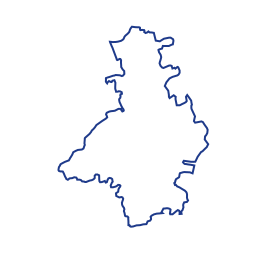 Tala, Al Minufiyah, Egypt, rotated 77°
{"feature_id": "37247803B52680576777799", "entity_name": "Tala", "entity_type": "district", "adm_level": 2, "iso_a3": "EGY", "parent_name": "Egypt", "parent_adm1": "Al Minufiyah", "projection": "orthographic", "projection_center": [30.917, 30.67], "detail": "fine", "context": "isolated", "style": "outline", "palette": "blue", "viewbox_px": 256, "rotation_deg": 77, "n_neighbors": 0, "source": "geoboundaries", "source_scale": "gbopen_adm2", "svg_char_len": 5520}
<svg xmlns="http://www.w3.org/2000/svg" viewBox="0 0 256 256"><g transform="rotate(77 128 128)"><path d="M163.9,199.5L164.4,198.8L164.6,198.4L164.9,198.2L164.6,197.5L164.2,196.8L164.0,196.4L164.0,195.7L164.1,195.2L164.3,193.5L163.9,191.5L164.7,189.5L166.0,189.1L166.9,189.1L167.4,186.9L168.1,185.6L169.7,184.7L170.0,183.8L170.4,182.7L170.9,182.1L171.2,181.0L170.8,178.4L170.6,176.9L170.7,175.1L170.3,173.3L169.4,171.8L168.5,171.5L167.0,171.2L166.3,170.2L166.1,169.9L166.4,168.3L167.6,166.8L168.7,167.0L171.6,167.6L173.6,167.8L174.5,167.4L174.7,166.5L174.8,165.6L174.4,162.5L175.3,162.3L176.2,161.9L176.0,160.8L174.0,159.6L172.7,158.4L172.5,157.1L173.3,155.6L174.2,154.9L176.1,155.0L176.9,155.0L177.5,155.9L180.1,157.8L181.9,157.8L182.4,156.0L182.3,153.1L181.9,151.8L181.2,150.4L181.7,148.9L182.6,148.4L183.5,148.9L183.9,149.6L185.5,151.0L186.2,151.3L187.9,151.9L188.9,154.4L189.6,154.5L191.6,154.7L193.7,152.1L193.8,149.9L194.4,149.0L195.8,148.6L196.7,149.0L198.2,150.0L198.8,150.3L199.3,150.7L201.3,151.0L202.7,150.8L204.9,149.9L206.3,149.8L206.9,150.1L207.6,150.5L208.2,150.7L209.8,150.5L212.9,150.6L213.4,150.2L214.1,148.4L215.2,147.8L216.6,148.2L218.6,148.5L221.0,149.0L222.7,149.4L223.0,148.4L223.5,148.2L223.8,148.4L224.6,147.8L224.9,146.9L225.1,145.1L225.0,144.0L224.9,142.9L224.8,141.5L225.1,139.8L225.4,138.0L225.3,135.0L225.4,134.2L225.8,131.7L224.7,130.8L223.4,129.9L223.2,127.2L222.1,126.1L220.8,125.8L219.7,126.0L218.8,124.9L218.4,123.5L218.0,122.2L217.9,119.3L218.3,116.7L218.7,113.5L217.6,114.3L214.5,111.6L214.8,109.6L214.8,108.7L215.1,107.4L216.1,105.6L217.0,104.9L220.9,106.4L221.6,106.2L222.1,104.0L219.8,99.4L219.2,97.9L220.1,96.8L221.7,96.6L223.4,97.1L223.7,95.1L221.4,95.0L220.2,93.3L217.7,91.8L216.1,91.7L214.8,91.3L213.1,90.0L213.3,87.2L212.1,85.8L210.7,86.2L209.1,86.2L207.2,85.7L205.9,85.4L204.6,85.4L203.6,85.6L201.8,86.7L199.4,89.2L197.6,91.0L196.6,92.3L196.0,93.2L194.1,94.2L194.1,95.0L192.1,95.3L191.8,94.5L191.2,94.3L190.1,93.6L189.8,93.6L188.6,92.6L188.2,91.4L187.6,89.7L187.4,89.3L187.1,89.1L185.4,88.4L184.6,88.1L184.1,87.8L183.7,87.5L183.6,85.6L183.5,84.4L183.6,83.0L184.1,81.3L185.1,77.7L186.7,75.3L180.5,72.3L179.4,71.8L177.8,75.5L177.0,77.7L176.3,79.3L175.8,80.8L175.1,81.4L174.8,81.6L173.7,82.1L173.3,81.7L172.5,81.0L173.5,78.4L174.7,75.2L175.1,74.2L175.3,73.2L175.6,72.1L176.0,70.0L172.1,66.9L171.7,66.6L167.9,62.3L167.4,60.6L166.9,59.8L165.4,57.4L164.3,55.5L163.1,54.6L162.8,54.3L161.8,53.5L160.7,54.0L160.4,54.1L156.5,55.8L153.5,54.8L152.7,53.6L150.8,51.9L147.7,50.8L146.6,51.0L146.2,51.0L145.5,51.2L144.6,51.6L141.7,52.8L139.1,53.7L138.1,55.0L138.1,55.6L137.9,61.4L136.1,62.2L132.9,60.7L132.4,60.4L131.8,60.1L123.7,61.8L123.2,61.8L122.4,61.7L120.4,61.2L119.7,60.5L118.6,60.5L116.7,60.4L115.5,60.3L112.5,61.5L111.5,61.9L109.2,62.9L110.7,64.5L114.9,64.7L115.8,65.8L116.4,67.8L116.9,70.2L117.2,71.2L117.5,72.5L116.8,75.4L113.1,75.3L110.5,75.2L109.1,74.8L108.4,74.5L106.4,76.1L108.2,80.7L106.9,81.1L104.8,80.7L100.7,80.4L95.4,82.7L92.1,80.3L89.1,76.5L88.8,75.5L88.6,74.7L88.2,73.1L88.1,71.5L88.0,70.0L87.9,68.7L87.9,68.2L87.4,66.9L87.0,66.4L85.8,65.3L83.6,64.8L80.7,65.3L80.0,65.5L79.6,66.1L80.8,68.5L79.8,69.1L80.0,71.3L79.3,71.3L78.4,71.5L77.3,71.5L76.6,72.6L76.4,74.0L77.5,80.0L76.7,81.2L74.5,82.4L74.1,82.4L72.1,82.7L70.6,82.0L69.5,81.3L68.9,81.0L67.9,80.4L66.4,79.7L66.0,79.7L64.2,79.7L62.9,80.1L61.3,80.7L58.8,80.8L58.4,79.8L58.3,77.0L55.9,75.6L57.3,69.8L56.6,66.5L56.6,65.5L54.9,64.8L53.2,64.1L51.7,64.1L49.6,66.1L49.2,67.9L49.2,68.3L49.1,72.8L49.2,73.2L50.1,75.9L50.7,77.5L49.1,81.3L43.3,81.4L41.1,81.4L40.6,82.7L40.3,83.2L39.7,85.5L38.5,86.4L39.2,87.7L39.4,89.5L38.1,90.6L37.2,90.1L36.3,90.2L35.6,92.1L35.4,93.9L35.0,94.1L33.4,93.9L32.9,93.8L32.4,94.5L32.3,94.8L32.0,95.9L31.6,97.6L31.5,97.9L31.1,99.0L30.2,101.4L31.5,103.0L32.7,104.0L33.8,104.6L34.9,105.4L36.1,107.2L37.4,109.7L38.3,110.9L39.2,111.5L40.2,112.3L40.4,112.5L41.0,113.7L41.3,114.6L41.5,115.2L41.6,118.4L41.4,120.7L41.3,121.2L40.8,123.7L40.6,124.2L39.9,126.2L40.1,126.2L44.4,125.5L46.2,125.1L54.7,124.0L57.6,123.6L59.0,123.5L59.4,123.2L59.4,122.8L58.8,120.6L59.1,119.9L60.4,119.5L62.2,120.0L63.1,120.2L65.1,120.5L67.1,120.9L69.8,120.0L71.6,118.9L74.5,119.4L75.2,120.3L75.8,121.0L76.0,122.3L74.8,124.1L73.6,128.1L73.8,129.4L73.7,130.8L74.1,134.6L74.2,136.8L74.4,137.7L74.4,138.2L74.8,138.4L76.0,138.6L77.7,139.1L78.6,138.9L79.8,138.3L78.9,137.6L78.0,136.0L79.2,134.5L79.5,133.6L79.0,133.1L78.4,132.5L78.4,130.5L81.1,130.1L84.7,131.1L86.9,131.6L90.0,131.4L90.0,131.0L90.3,129.7L90.1,128.8L90.6,127.4L91.7,126.1L93.3,126.2L93.5,127.7L94.4,128.2L95.0,128.0L96.8,128.7L97.7,129.9L98.5,130.3L100.8,130.4L102.6,130.0L104.8,129.6L106.2,129.2L107.1,129.0L108.9,128.2L110.0,128.2L110.4,128.6L110.6,129.8L109.3,130.4L107.7,130.8L107.2,133.0L107.8,135.3L108.2,136.8L108.1,138.4L107.8,140.8L107.8,141.3L107.8,142.6L108.4,145.3L109.7,146.3L111.0,146.1L111.9,145.9L113.0,145.9L113.5,146.9L113.9,147.5L115.3,151.5L117.2,156.1L118.0,158.1L120.0,160.2L121.3,162.0L122.3,163.8L123.6,164.9L123.9,165.3L125.1,166.8L127.9,172.0L128.3,172.4L129.4,172.7L133.2,173.9L134.8,173.9L135.4,174.4L136.5,175.1L138.0,176.0L138.6,177.8L138.1,181.8L138.5,183.9L138.9,185.4L139.3,186.8L141.3,188.2L143.4,190.2L144.3,191.2L145.4,192.1L146.3,193.0L146.4,194.1L146.8,197.0L147.2,198.6L148.0,201.5L148.4,202.2L148.7,202.3L149.1,202.5L150.6,204.1L152.2,204.8L153.3,205.2L154.2,205.0L154.6,204.6L155.3,203.1L155.4,202.2L155.8,201.3L158.1,200.7L160.8,200.3L162.3,199.9L162.8,199.7L163.9,199.5Z" fill="none" stroke="#1e3a8a" stroke-width="2"/></g></svg>